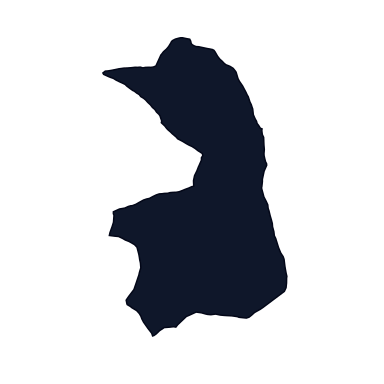 the district of Odigbo, Ondo, Nigeria, rotated 102°
{"feature_id": "59680162B61774592523326", "entity_name": "Odigbo", "entity_type": "district", "adm_level": 2, "iso_a3": "NGA", "parent_name": "Nigeria", "parent_adm1": "Ondo", "projection": "natural_earth1", "projection_center": [4.681, 6.732], "detail": "fine", "context": "isolated", "style": "filled", "palette": "ink", "viewbox_px": 384, "rotation_deg": 102, "n_neighbors": 0, "source": "geoboundaries", "source_scale": "gbopen_adm2", "svg_char_len": 3602}
<svg xmlns="http://www.w3.org/2000/svg" viewBox="0 0 384 384"><g transform="rotate(102 192 192)"><path d="M251.7,263.8L251.2,257.9L250.8,254.6L251.9,250.0L252.8,247.4L253.5,243.2L255.4,237.3L257.5,234.3L264.1,231.0L266.6,230.0L269.3,229.0L272.1,227.7L276.8,226.3L281.5,226.7L284.3,226.7L286.6,227.0L292.0,227.6L299.5,228.5L307.1,232.1L310.7,233.6L311.5,233.9L314.5,232.6L315.6,232.0L316.8,228.4L317.6,227.0L319.5,221.5L321.8,218.3L324.2,216.1L326.5,214.7L329.3,212.4L334.6,206.7L337.8,202.9L338.6,202.0L341.0,200.6L340.4,199.5L338.5,197.7L336.5,196.3L334.5,195.0L330.4,191.0L329.6,188.3L328.8,185.6L327.6,182.0L327.5,179.7L324.8,178.4L314.9,171.6L313.3,169.3L308.6,163.0L308.2,157.6L308.5,153.2L308.5,151.2L308.1,148.0L306.5,143.5L306.5,138.9L306.1,135.3L305.7,132.6L304.9,127.6L304.7,125.2L304.5,121.7L304.8,119.9L304.4,116.2L304.0,112.6L302.6,110.2L300.1,108.1L296.9,105.8L295.3,104.0L292.6,100.9L290.2,98.6L270.0,81.0L266.1,80.1L261.4,80.6L256.3,81.6L255.1,81.6L254.3,81.9L252.0,83.0L247.6,84.8L245.3,85.7L238.6,88.0L236.3,89.4L233.1,92.6L228.4,95.8L220.0,100.5L217.6,102.4L213.7,103.7L209.2,106.0L206.1,106.9L202.5,108.7L199.0,110.6L194.0,113.0L193.6,113.3L192.0,114.2L188.8,115.2L185.7,117.5L181.8,120.7L178.2,122.5L174.7,124.3L173.5,124.8L172.3,124.8L167.2,125.3L164.9,125.8L161.3,125.8L156.6,125.8L152.3,124.9L150.3,124.5L148.7,125.0L147.2,126.3L144.4,127.7L141.3,129.1L139.3,129.6L135.4,130.1L131.1,131.4L127.2,132.4L126.7,132.5L123.6,133.3L121.3,135.1L119.7,135.7L118.5,136.1L117.3,136.5L115.7,136.6L115.4,138.4L113.0,140.7L111.5,142.5L109.9,143.4L109.5,143.5L107.5,145.3L105.6,146.7L103.6,148.1L98.1,149.9L96.5,150.9L94.2,152.2L91.8,154.1L87.1,156.8L85.6,158.2L83.2,160.0L77.7,164.6L73.8,168.7L71.5,170.6L69.1,171.9L65.6,173.8L64.4,175.1L62.5,177.4L61.3,180.6L60.9,182.4L60.5,185.2L59.4,187.4L57.8,189.7L56.2,192.5L53.9,195.2L50.0,198.7L48.8,200.1L48.5,201.3L48.4,201.5L48.4,204.2L48.5,206.9L48.5,209.7L48.5,212.8L48.5,215.6L48.9,218.3L48.5,220.6L47.7,222.8L46.6,223.8L44.6,224.7L43.0,226.0L43.1,228.8L43.1,231.0L43.1,233.3L43.4,234.9L44.0,236.4L44.7,237.8L45.9,240.1L47.8,242.4L49.0,243.3L50.6,243.7L54.5,245.1L56.1,245.9L57.7,246.8L58.9,247.7L60.8,249.1L63.6,250.4L64.4,250.9L72.1,252.6L76.2,253.5L77.8,255.8L78.6,258.1L79.0,260.3L79.8,263.5L80.8,265.9L80.6,268.5L81.4,271.2L81.8,273.5L83.0,277.1L84.2,281.2L85.0,284.4L85.1,284.7L85.8,286.6L86.6,288.9L88.2,292.5L89.8,296.2L91.0,299.3L91.8,302.0L94.1,303.9L95.3,302.9L95.7,301.1L96.5,297.5L96.9,295.2L97.2,292.5L98.4,289.3L98.8,287.5L99.2,286.1L99.9,282.9L100.7,279.7L101.9,277.9L103.4,274.7L105.0,271.1L105.4,269.3L106.8,266.5L107.0,265.8L107.7,263.8L109.3,262.0L110.4,258.8L111.6,256.5L113.6,253.8L115.5,250.6L115.7,250.4L117.5,248.3L119.0,245.5L121.2,243.3L121.8,242.3L122.9,240.5L124.1,239.2L126.5,237.8L128.8,236.4L130.6,236.4L132.0,234.1L133.1,232.3L135.1,230.0L136.3,228.2L137.8,225.4L139.0,223.6L141.7,218.6L142.9,217.2L144.3,212.2L144.4,211.8L146.0,207.2L146.8,204.5L147.5,201.3L148.1,199.8L148.7,198.1L150.3,194.9L152.2,189.9L154.2,189.0L156.5,189.9L158.9,189.4L165.2,190.7L165.9,190.9L170.3,191.6L175.4,192.9L180.5,192.9L181.8,192.6L186.0,191.5L186.8,193.3L188.8,196.0L190.8,199.2L192.4,201.5L194.4,204.6L195.5,207.3L196.3,210.5L197.1,213.2L198.3,215.5L199.1,218.7L199.9,220.9L200.7,223.7L202.3,226.4L204.7,229.5L207.1,232.3L208.3,235.0L209.9,237.7L213.4,241.8L215.5,244.1L215.8,244.5L217.8,247.6L218.2,249.0L218.8,250.2L219.4,251.3L221.7,254.4L223.7,259.4L227.7,264.8L229.6,264.4L231.2,263.4L234.4,263.0L237.9,262.5L242.2,262.9L245.8,263.4L248.9,263.8L251.7,263.8Z" fill="#0f172a" stroke="#020617" stroke-width="1.5"/></g></svg>